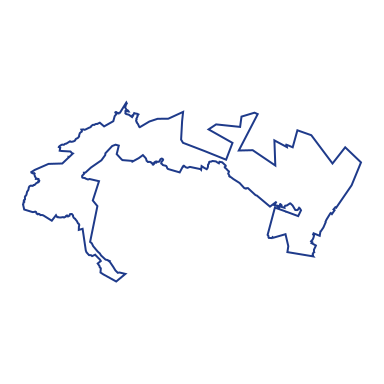 the district of Ciudad Fernández, San Luis Potosí, Mexico
{"feature_id": "50627088B46158390709615", "entity_name": "Ciudad Fernández", "entity_type": "district", "adm_level": 2, "iso_a3": "MEX", "parent_name": "Mexico", "parent_adm1": "San Luis Potosí", "projection": "orthographic", "projection_center": [-100.29, 21.991], "detail": "fine", "context": "isolated", "style": "outline", "palette": "blue", "viewbox_px": 384, "rotation_deg": 0, "n_neighbors": 0, "source": "geoboundaries", "source_scale": "gbopen_adm2", "svg_char_len": 5852}
<svg xmlns="http://www.w3.org/2000/svg" viewBox="0 0 384 384"><path d="M24.2,209.5L32.6,212.1L34.0,212.0L35.2,211.6L36.0,212.0L36.6,213.6L37.8,214.3L38.2,213.8L39.5,214.1L40.4,215.1L42.0,215.0L43.3,215.4L51.8,220.7L56.0,215.2L56.9,216.8L57.4,217.2L58.0,217.0L58.8,217.4L60.7,217.5L63.0,217.1L63.5,217.2L64.0,217.5L65.7,216.7L65.8,216.2L66.7,215.5L67.2,215.5L67.3,216.1L67.6,216.4L68.0,216.5L69.5,215.7L69.6,215.0L70.1,214.1L71.8,214.0L73.0,215.4L73.1,216.5L73.7,217.7L74.5,218.4L75.2,218.8L75.3,219.2L76.9,221.1L78.0,223.4L78.7,223.7L79.3,225.0L78.9,226.7L78.8,229.9L82.6,228.8L85.8,250.5L86.5,252.3L89.0,255.1L91.0,255.2L92.1,256.1L95.2,254.7L96.3,256.0L96.7,256.3L97.5,257.2L99.8,259.4L100.8,261.0L97.7,263.5L99.6,266.2L99.7,267.2L100.8,268.3L100.5,272.5L103.2,274.3L116.2,281.5L125.4,273.9L119.5,272.5L117.8,272.8L115.4,270.4L113.2,266.8L109.6,261.5L109.3,261.2L109.5,261.0L108.2,260.4L108.2,260.6L107.4,260.0L105.8,259.7L105.3,259.4L101.1,255.5L99.7,253.3L98.6,252.4L97.3,251.1L93.2,246.2L91.8,243.3L90.1,241.9L97.4,206.1L92.8,200.5L99.0,181.2L89.5,179.0L88.0,179.5L85.4,178.5L85.0,178.1L82.6,177.7L82.3,177.5L82.1,176.7L82.2,175.7L84.0,173.9L83.9,172.7L85.4,172.6L91.0,167.5L101.4,160.3L105.2,155.1L105.4,153.3L112.2,146.0L115.6,144.7L118.8,145.6L116.7,154.1L121.1,158.9L122.4,160.1L132.2,160.9L132.4,161.6L138.8,158.1L142.9,155.1L145.4,157.8L146.0,158.6L146.6,160.8L147.4,161.4L147.7,161.9L148.4,162.0L148.9,161.8L150.5,162.0L151.0,162.3L151.6,163.2L152.1,163.3L152.8,163.2L153.1,163.5L153.1,164.1L152.9,164.6L153.1,164.7L153.8,164.2L154.3,163.3L154.4,162.4L155.2,161.8L156.0,161.5L156.2,161.8L156.1,162.7L156.3,162.7L157.1,161.7L158.5,161.8L159.2,161.6L160.5,159.2L161.5,158.6L161.9,158.6L162.7,159.0L163.1,159.8L162.6,160.7L161.8,161.4L161.6,161.8L161.2,163.1L161.2,163.5L162.1,164.1L162.8,165.0L164.4,165.5L164.9,165.5L166.2,166.0L166.6,166.5L167.2,168.1L167.7,168.8L168.7,169.2L179.7,172.4L182.7,166.8L183.0,166.8L183.2,166.1L183.7,165.7L184.1,165.8L184.9,166.6L186.0,167.4L187.5,167.8L189.9,166.9L200.4,169.1L201.1,169.8L201.6,166.1L204.3,167.9L206.7,169.2L207.5,168.1L208.0,166.6L208.0,165.2L208.1,164.5L208.6,164.1L208.9,163.4L209.2,162.0L209.7,161.7L210.9,161.7L212.5,161.0L215.9,161.4L217.3,162.4L218.9,163.3L219.5,161.8L222.2,162.3L225.7,165.6L225.7,166.1L224.7,167.1L225.1,167.8L226.4,168.9L228.0,170.7L228.5,170.9L229.0,171.7L228.2,173.6L229.5,175.8L229.3,176.3L229.6,176.6L231.1,177.3L233.3,179.0L239.6,183.0L244.3,188.1L245.5,188.5L245.5,188.3L247.9,188.1L255.5,195.1L257.1,195.7L257.6,196.2L270.0,206.6L276.5,201.7L275.2,203.6L274.5,205.2L276.4,205.8L276.6,205.6L277.6,206.2L277.7,205.8L278.0,205.9L277.9,206.6L278.1,207.2L278.4,207.5L278.8,206.1L279.1,206.2L278.5,208.4L278.9,208.6L280.1,204.2L280.4,204.1L281.6,205.3L281.2,206.8L284.5,207.8L284.4,207.0L285.2,205.7L286.8,205.5L290.0,203.4L290.4,203.4L292.6,205.5L295.3,210.0L297.1,210.1L297.8,209.8L299.1,207.8L299.5,208.2L299.9,208.4L301.0,210.3L298.2,216.1L286.3,211.7L286.1,211.8L285.9,211.6L285.0,211.2L274.9,207.6L267.6,234.9L268.4,235.9L268.5,237.3L268.8,237.9L271.9,238.1L272.6,237.1L273.4,237.7L285.5,234.2L288.3,246.2L287.4,252.1L313.3,256.4L313.0,256.0L313.0,255.6L312.7,255.3L312.9,255.0L312.7,254.7L312.7,254.0L313.1,253.6L313.3,252.8L314.1,252.2L313.9,252.0L314.0,249.6L315.6,246.3L315.9,245.5L311.5,243.1L312.3,242.2L311.1,241.3L312.7,239.5L313.4,237.9L313.8,236.5L314.1,235.0L313.1,234.5L313.6,233.3L319.7,235.8L320.4,231.7L320.5,231.7L321.1,230.9L323.4,227.5L325.7,222.2L325.5,221.8L326.5,219.6L330.3,213.4L330.8,213.0L331.9,214.1L334.6,210.2L333.5,209.4L335.4,207.2L336.2,207.7L351.6,185.3L361.0,162.4L345.2,147.3L332.5,163.5L311.3,135.2L297.4,130.3L292.7,147.3L288.7,145.6L286.3,144.7L286.1,145.2L286.7,145.8L286.9,147.1L274.4,140.4L275.3,165.5L252.7,150.2L238.8,150.5L257.7,114.1L254.5,112.7L241.5,116.6L240.1,126.9L216.1,124.4L208.6,129.4L232.5,142.9L226.1,159.7L204.7,151.1L183.0,142.8L181.1,139.6L182.1,121.2L183.1,111.9L168.3,118.7L157.6,118.8L149.4,121.5L139.8,127.2L139.2,126.8L138.0,124.1L136.8,122.6L136.9,122.2L136.3,121.4L136.1,120.4L136.6,119.6L136.4,119.3L136.3,118.9L137.5,116.5L137.4,115.8L138.4,114.4L136.9,113.7L136.0,113.7L134.2,113.1L133.1,115.5L132.5,115.3L132.1,115.9L132.6,116.3L132.1,117.1L128.8,114.7L126.4,114.1L125.7,113.7L125.4,113.4L125.6,112.6L125.4,112.0L125.5,111.0L128.0,111.2L128.3,111.5L128.6,111.5L128.0,110.6L127.4,110.2L126.9,110.4L126.5,109.9L125.2,107.5L126.1,104.3L126.8,103.5L126.3,102.5L120.0,112.7L119.2,112.8L118.7,113.1L118.6,113.4L116.9,112.6L116.3,112.1L115.9,112.0L115.3,112.4L115.4,112.7L116.9,113.5L114.7,116.1L113.3,121.2L104.1,126.4L99.8,122.7L97.1,124.0L96.2,123.9L95.3,124.2L94.3,124.9L93.1,124.8L92.5,125.1L91.3,126.0L91.0,126.7L90.2,127.3L88.9,127.8L85.5,129.5L84.4,129.8L83.4,129.4L81.4,129.6L81.8,130.4L81.9,131.2L81.7,131.7L80.7,132.3L79.8,133.2L79.1,135.5L79.1,136.5L77.8,138.0L76.1,138.8L75.4,139.6L75.2,140.3L74.6,140.9L73.1,141.5L71.6,141.8L70.5,141.7L70.0,141.3L66.2,143.7L65.6,143.7L64.6,144.1L64.2,144.6L63.3,144.8L62.3,144.6L61.6,144.8L59.7,146.0L58.9,146.8L58.8,147.1L60.2,147.7L59.7,150.7L61.7,151.0L70.5,151.5L71.9,153.1L72.9,153.5L68.9,157.3L68.4,157.0L68.2,157.9L62.3,163.5L48.5,163.9L34.8,169.9L30.6,172.5L31.8,172.4L32.1,172.6L32.2,173.1L32.5,173.3L34.2,173.1L34.5,173.4L34.1,173.7L34.9,176.1L34.9,176.4L35.0,176.5L36.0,178.2L35.9,178.9L36.9,178.8L37.8,178.9L37.6,179.2L37.8,179.3L38.0,179.0L38.6,179.4L38.6,180.2L39.0,180.3L39.3,180.7L39.2,181.0L39.1,180.9L38.6,181.9L38.6,181.4L38.3,181.5L37.7,182.3L37.8,182.5L36.4,183.1L34.5,185.0L33.7,185.0L33.3,185.5L32.9,185.5L32.5,185.7L32.4,185.9L31.9,185.9L31.2,185.6L30.5,185.7L29.3,186.5L28.7,187.9L28.6,189.0L28.2,190.2L27.1,191.7L26.4,194.8L25.7,195.9L25.2,196.2L24.9,197.1L25.0,199.2L24.9,199.6L24.0,200.1L23.7,201.1L24.2,201.6L24.3,201.9L23.4,202.9L23.4,203.9L23.0,204.3L24.2,209.5Z" fill="none" stroke="#1e3a8a" stroke-width="2"/></svg>